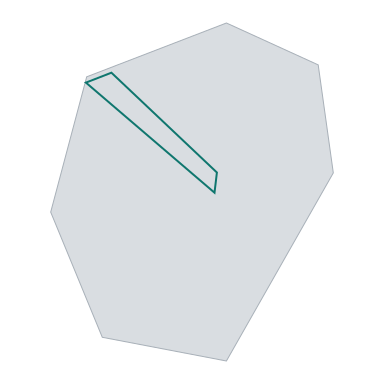 location of Uaboe within Nauru
{"feature_id": "NRU-4975", "entity_name": "Uaboe", "entity_type": "state/province", "adm_level": 1, "iso_a3": "NRU", "parent_name": "Nauru", "parent_adm1": "", "projection": "mercator", "projection_center": [166.924, -0.509], "detail": "fine", "context": "in_parent", "style": "outline", "palette": "teal", "viewbox_px": 384, "rotation_deg": 0, "n_neighbors": 0, "source": "natural_earth", "source_scale": "10m", "svg_char_len": 335}
<svg xmlns="http://www.w3.org/2000/svg" viewBox="0 0 384 384"><path d="M333.3,172.9L226.4,361.0L102.3,337.3L50.7,212.1L86.7,76.8L226.4,23.0L318.2,64.9L333.3,172.9Z" fill="#d9dde1" stroke="#a8b0b8" stroke-width="1"/><path d="M85.9,82.6L111.4,72.7L216.9,172.5L214.5,192.7L85.9,82.6Z" fill="none" stroke="#0f766e" stroke-width="2"/></svg>